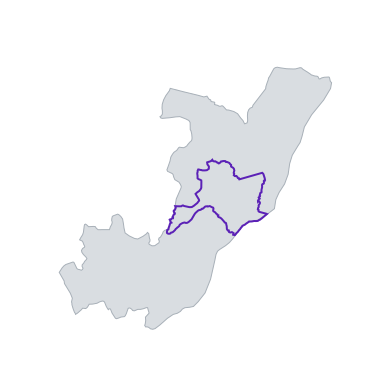 Cuvette highlighted on a map of Republic of the Congo, rotated 14°
{"feature_id": "COG-3342", "entity_name": "Cuvette", "entity_type": "Region", "adm_level": 1, "iso_a3": "COG", "parent_name": "Republic of the Congo", "parent_adm1": "", "projection": "natural_earth1", "projection_center": [15.8, -0.78], "detail": "fine", "context": "in_parent", "style": "outline", "palette": "violet", "viewbox_px": 384, "rotation_deg": 14, "n_neighbors": 0, "source": "natural_earth", "source_scale": "10m", "svg_char_len": 9056}
<svg xmlns="http://www.w3.org/2000/svg" viewBox="0 0 384 384"><g transform="rotate(14 192 192)"><path d="M82.6,302.1L84.4,296.9L85.7,294.5L87.2,292.8L93.5,288.7L94.5,288.9L98.9,294.2L100.2,294.6L101.8,294.5L103.6,294.7L104.5,293.6L104.7,292.3L103.3,290.7L103.1,289.1L104.1,287.3L104.6,285.3L105.9,283.0L106.1,281.9L104.7,280.7L101.7,278.9L99.7,277.1L98.9,275.4L99.5,273.3L101.1,271.5L101.0,270.6L99.6,269.0L98.5,267.3L97.5,266.2L94.5,265.6L95.1,263.3L96.2,260.0L96.4,257.4L95.6,250.7L95.7,249.5L96.5,248.9L98.2,249.6L100.0,250.7L104.8,249.2L106.5,249.0L107.9,250.3L109.9,251.3L121.0,248.5L121.2,245.6L121.9,243.0L122.0,241.1L121.5,239.9L120.9,238.9L120.6,237.0L120.6,234.9L121.7,233.9L125.2,231.5L126.3,231.6L128.8,232.9L131.2,235.0L133.2,239.5L134.7,243.3L137.0,247.9L141.8,249.8L147.6,251.0L150.8,250.7L155.3,246.7L157.8,243.7L158.6,242.0L160.1,242.9L161.8,246.9L162.8,248.5L163.1,250.0L162.4,251.9L163.1,253.1L166.2,253.9L168.9,253.1L170.2,251.5L172.2,249.3L172.2,247.5L171.1,246.3L171.1,244.7L172.3,243.4L173.4,239.9L173.7,237.4L174.8,235.8L176.9,234.6L177.6,233.6L178.7,227.6L178.2,225.4L178.2,223.6L179.4,221.3L179.7,217.5L178.4,202.6L180.4,190.6L180.2,189.1L178.8,187.3L177.0,185.6L172.4,184.2L170.7,182.0L169.4,179.6L168.4,178.9L163.4,177.9L162.3,176.6L162.7,172.8L163.2,167.2L163.0,163.3L163.9,160.1L164.9,157.8L167.1,155.3L168.3,152.3L168.9,151.6L173.1,151.1L174.6,149.9L175.8,148.6L176.4,147.0L177.8,144.2L179.1,142.3L179.2,141.0L178.9,139.3L177.7,135.8L176.2,132.9L175.2,131.9L173.4,125.1L171.7,123.4L168.3,122.6L162.0,121.8L158.2,123.0L152.5,125.3L145.2,127.8L143.5,127.6L142.7,126.5L143.8,125.6L144.4,123.6L143.7,120.6L142.6,117.9L141.9,114.0L142.2,109.3L143.3,104.8L145.6,99.1L145.8,96.7L159.8,96.8L174.8,96.7L180.5,96.9L183.3,95.4L185.9,97.7L187.2,98.2L187.7,98.0L188.7,99.6L191.9,99.4L192.5,99.8L192.7,101.7L195.8,101.7L197.3,102.1L198.5,102.1L200.3,101.0L201.5,101.3L203.8,102.8L205.5,104.0L207.8,103.6L213.1,103.8L217.3,105.0L221.3,108.4L224.1,110.3L226.5,113.1L227.4,112.6L228.8,111.5L228.7,109.1L227.4,104.9L226.8,101.4L227.1,98.5L228.2,96.5L230.0,95.2L230.2,93.0L238.5,74.0L238.2,71.9L238.4,68.6L238.8,64.9L238.7,62.8L239.3,61.3L241.5,52.7L242.6,51.3L244.5,50.3L247.1,50.2L254.1,49.5L260.6,48.1L262.7,47.5L266.8,45.2L268.3,45.1L269.7,46.0L277.5,48.6L279.7,49.6L280.5,49.5L281.7,49.7L283.5,49.7L285.3,49.4L286.4,49.7L287.9,51.5L288.9,51.3L290.1,50.0L292.5,48.7L297.0,47.3L297.8,47.9L299.4,51.1L301.0,52.2L301.4,58.1L297.5,70.9L289.4,88.1L285.3,101.7L285.3,111.6L284.9,117.9L283.6,121.7L280.4,132.0L279.9,140.8L281.0,151.6L279.9,161.8L276.6,171.5L275.2,179.1L276.0,188.3L269.9,195.9L262.2,203.5L257.2,205.7L253.3,208.3L250.5,211.2L247.6,216.3L243.0,227.2L240.6,231.9L237.5,236.0L232.8,241.0L231.1,243.3L230.4,246.8L230.7,253.0L231.1,272.1L229.1,286.8L224.5,297.0L221.1,302.7L217.6,304.4L213.1,306.0L211.0,307.9L209.6,310.7L207.1,313.2L203.4,315.3L198.7,320.5L193.0,328.8L189.2,333.5L187.1,334.7L184.9,334.8L182.7,333.8L180.8,333.7L179.9,334.2L178.4,333.0L178.5,331.1L178.2,328.0L177.1,324.7L179.6,320.1L179.3,319.1L178.2,317.4L176.9,315.0L175.7,315.2L173.1,317.0L170.3,318.4L167.8,319.0L164.7,321.3L163.0,321.3L162.0,320.4L159.9,319.6L158.8,319.9L158.2,320.3L157.7,325.8L157.2,328.2L156.5,329.3L153.4,330.5L151.2,332.1L149.4,333.2L148.2,333.0L143.7,328.8L141.2,325.3L139.8,325.3L139.4,326.4L138.6,325.9L136.4,323.6L133.8,320.0L132.8,319.4L131.4,319.5L129.1,320.8L126.8,322.9L122.7,324.8L119.3,325.8L119.0,327.2L118.2,329.4L117.1,330.8L114.0,331.2L113.0,333.2L110.3,337.1L108.6,338.9L108.2,338.1L107.1,337.2L105.0,334.2L102.8,330.5L102.3,328.8L101.7,327.8L101.6,324.0L98.4,319.6L90.4,311.7L89.5,309.3L82.6,302.1Z" fill="#d9dde1" stroke="#a8b0b8" stroke-width="1"/><path d="M270.0,195.3L266.0,200.8L265.3,201.6L264.7,202.4L264.4,202.6L263.7,203.1L263.6,203.3L263.0,204.0L262.7,204.2L261.2,204.7L259.7,205.0L259.1,205.2L257.2,206.1L255.8,206.5L254.8,206.7L254.7,206.8L254.4,207.1L254.2,207.1L254.1,207.3L253.4,208.3L252.3,209.4L251.4,210.7L250.0,211.9L249.3,212.4L249.1,212.6L249.0,212.9L248.7,213.8L248.0,215.2L247.6,216.5L247.1,217.2L246.0,219.8L245.0,221.2L244.4,222.8L244.0,223.5L243.9,223.5L243.0,223.5L242.3,223.6L242.2,223.3L242.4,222.7L242.4,222.3L242.3,221.9L242.2,221.9L241.3,221.5L240.7,221.3L240.1,221.4L239.6,221.8L239.1,222.0L238.3,222.0L237.7,221.9L237.6,221.6L237.5,221.4L237.0,221.2L236.6,220.9L236.8,220.4L235.6,220.3L234.8,219.5L233.9,216.6L233.3,215.6L232.8,214.5L232.7,214.2L232.3,213.8L231.1,213.7L230.9,213.5L230.8,213.3L227.5,211.0L226.6,210.5L225.7,210.1L223.8,209.9L223.3,209.5L223.3,208.8L223.2,208.4L222.8,208.6L222.6,208.6L222.4,208.3L222.0,207.6L221.7,207.5L220.4,207.0L220.2,206.8L220.1,206.6L219.9,206.4L219.3,206.1L218.0,205.7L217.4,205.5L217.0,204.8L216.9,204.0L216.9,203.2L216.7,202.6L216.3,202.1L215.8,202.0L214.7,201.9L213.1,201.4L212.5,201.4L212.1,201.6L211.2,202.1L210.7,202.3L210.3,202.1L210.2,202.1L209.6,202.4L208.5,202.8L208.1,203.2L207.2,204.7L206.8,205.3L206.3,205.7L206.2,205.8L205.9,205.7L205.5,206.0L205.2,206.6L205.0,206.9L204.3,207.4L202.9,208.1L202.3,208.7L200.4,211.6L199.8,213.1L198.2,218.6L196.2,221.6L195.1,222.8L194.7,223.1L193.9,223.4L193.5,223.5L192.4,223.4L192.1,223.5L191.9,223.5L190.5,224.3L190.1,224.6L188.7,225.9L188.3,226.4L188.0,226.8L187.9,227.6L187.9,227.9L187.5,228.6L187.3,228.9L186.5,229.9L186.2,230.2L185.9,230.9L185.3,231.6L185.1,231.9L184.8,232.9L184.7,233.1L183.5,235.0L182.9,235.7L182.5,236.0L182.0,236.3L181.6,236.4L181.4,236.6L181.3,236.8L181.0,237.3L181.0,237.5L180.8,237.6L180.6,237.8L180.4,237.9L179.3,238.2L179.1,238.2L178.9,238.2L178.4,238.1L178.0,238.0L177.7,237.8L177.5,237.4L177.3,236.7L177.2,234.9L177.2,234.7L178.0,234.2L178.2,233.7L178.0,232.2L178.2,231.1L178.3,228.4L178.5,227.7L178.8,227.2L179.5,226.7L179.3,226.5L178.7,226.4L178.2,226.2L177.8,224.8L177.2,224.5L177.0,224.2L177.3,223.9L177.9,223.7L178.2,223.5L178.5,223.3L178.6,223.0L178.8,222.6L179.0,222.3L179.9,222.1L179.9,221.6L179.6,221.0L179.2,220.5L179.6,219.5L179.6,218.7L179.7,218.4L180.0,218.0L180.4,217.8L180.6,217.4L180.5,216.7L179.4,215.9L179.0,215.4L178.8,214.7L178.9,214.3L179.1,214.1L179.4,213.9L179.6,213.6L179.7,213.3L179.8,212.9L180.0,212.2L180.0,211.1L179.9,210.8L179.7,210.4L179.2,209.8L183.0,209.0L185.1,208.4L185.8,207.6L186.5,207.2L187.7,207.5L193.2,207.3L195.4,206.7L197.0,205.1L199.8,201.4L200.4,199.9L201.0,198.7L200.5,197.6L195.9,193.0L197.1,191.1L198.8,189.2L199.3,188.1L199.8,186.9L200.0,185.7L198.6,179.7L198.2,178.5L197.2,178.2L195.1,177.9L194.1,177.4L193.8,176.3L193.5,175.0L192.7,173.0L192.5,172.3L192.6,171.7L192.6,171.2L192.3,169.9L192.6,168.6L193.6,168.5L194.6,168.6L195.7,168.4L196.3,168.5L196.8,168.5L199.1,168.0L201.2,167.2L202.7,165.4L202.2,163.1L200.3,161.5L199.5,159.6L200.5,158.9L201.6,158.3L202.5,157.7L203.2,157.0L203.9,155.8L204.0,155.9L204.0,156.0L203.9,156.4L203.9,156.6L204.0,156.7L204.1,156.8L204.4,156.6L204.5,156.6L205.4,156.9L205.9,157.0L206.1,157.0L206.3,156.9L206.6,156.8L206.7,156.7L206.9,156.6L207.1,156.6L207.5,156.7L207.9,156.8L208.1,156.9L208.4,156.9L208.8,157.0L209.0,157.1L209.2,157.3L209.3,157.3L209.5,157.4L209.9,157.3L210.2,157.4L210.4,157.5L210.7,157.7L210.8,157.8L211.0,157.8L211.4,157.6L211.7,157.1L211.8,157.0L212.2,156.7L212.3,156.6L212.4,156.4L212.6,155.7L212.7,155.4L212.8,155.3L213.0,155.2L213.4,155.1L213.6,155.1L213.8,154.9L214.1,154.7L214.4,154.7L214.6,154.6L214.9,154.4L215.1,154.3L215.9,154.2L216.0,154.2L216.3,154.0L216.5,154.0L216.8,154.0L217.0,154.0L217.3,154.3L217.4,154.5L217.5,154.6L217.8,154.7L218.1,154.6L218.3,154.5L218.5,154.4L218.8,154.4L219.5,154.5L220.2,154.6L221.2,154.8L221.3,154.9L221.4,155.0L221.6,155.1L221.8,155.2L222.0,155.5L222.4,155.8L222.5,155.8L223.1,156.1L223.4,156.2L223.5,156.4L223.5,156.5L223.6,157.3L223.6,157.5L223.8,157.8L224.0,158.0L224.9,158.2L226.1,158.6L226.3,158.7L226.4,158.8L226.8,159.2L227.2,159.5L227.3,159.8L227.9,161.0L227.8,163.1L227.9,163.3L227.9,163.5L228.0,163.6L228.3,163.8L228.5,164.0L228.6,164.5L228.6,164.8L228.5,165.6L228.9,165.8L229.1,165.8L229.7,166.2L229.8,166.2L230.1,166.2L230.3,166.1L230.8,165.8L231.0,165.8L231.2,165.7L231.4,165.8L231.6,165.9L231.8,166.1L232.1,166.3L232.5,166.5L232.9,167.2L233.0,167.3L233.3,167.4L234.2,167.3L234.3,167.3L234.4,167.5L234.5,167.8L234.6,168.1L234.8,168.3L255.5,156.4L256.7,157.1L257.1,157.6L259.2,161.0L259.9,162.6L260.0,162.8L259.9,163.0L259.9,163.4L259.6,163.5L259.4,163.5L259.2,163.5L259.0,163.9L259.1,164.2L259.4,165.0L259.5,165.8L259.6,166.1L259.6,166.4L259.4,166.7L259.0,167.0L258.7,167.1L258.4,167.4L258.3,167.8L258.3,168.4L258.8,170.0L258.9,170.7L258.9,173.0L259.0,173.6L259.4,174.8L259.5,175.6L259.2,175.9L258.7,176.1L258.5,176.6L258.5,179.2L258.5,179.4L259.0,179.5L259.0,179.8L258.0,181.2L258.2,181.5L258.8,181.7L259.3,182.1L258.3,183.7L258.1,184.6L258.4,185.4L258.8,184.7L259.3,184.8L259.9,185.3L260.4,185.7L260.6,186.4L260.5,187.1L259.9,188.7L259.9,188.9L260.3,190.3L260.3,190.7L260.0,191.4L260.0,191.8L260.1,193.0L260.4,193.1L260.7,193.3L260.8,193.5L261.0,193.5L261.1,194.4L261.4,194.7L261.7,194.8L262.2,195.0L269.5,195.1L269.8,195.2L269.9,195.3L270.0,195.3Z" fill="none" stroke="#5b21b6" stroke-width="2"/></g></svg>